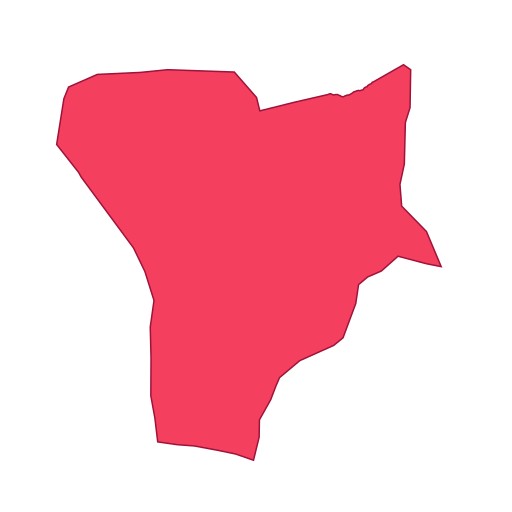 Guchin-Us, Övörhangay, Mongolia, rotated 172°
{"feature_id": "93677404B94163946721302", "entity_name": "Guchin-Us", "entity_type": "district", "adm_level": 2, "iso_a3": "MNG", "parent_name": "Mongolia", "parent_adm1": "Övörhangay", "projection": "equal_earth", "projection_center": [102.189, 45.34], "detail": "fine", "context": "isolated", "style": "filled", "palette": "rose", "viewbox_px": 512, "rotation_deg": 172, "n_neighbors": 0, "source": "geoboundaries", "source_scale": "gbopen_adm2", "svg_char_len": 1366}
<svg xmlns="http://www.w3.org/2000/svg" viewBox="0 0 512 512"><g transform="rotate(172 256 256)"><path d="M76.9,418.9L83.3,424.9L115.8,412.0L116.7,411.9L117.8,410.7L118.5,410.4L119.6,410.2L120.2,409.9L120.8,409.6L121.5,409.3L122.0,408.9L122.3,408.5L122.7,408.1L123.6,408.0L124.2,407.9L124.8,407.6L125.8,407.0L126.3,406.3L127.0,405.6L128.4,405.6L129.4,405.4L130.1,405.2L130.7,405.4L131.3,405.7L131.9,405.7L132.8,405.6L133.5,405.5L134.3,405.2L135.4,405.1L136.5,404.9L137.2,404.4L138.2,403.8L139.1,403.5L140.5,402.9L141.7,402.5L142.7,402.7L145.5,402.2L146.5,401.8L147.4,401.5L148.1,401.6L149.4,402.2L149.9,402.7L150.8,403.4L151.4,403.5L152.0,403.9L152.7,404.5L153.8,404.7L154.8,404.8L156.0,404.7L156.9,404.7L158.5,405.7L159.4,406.2L160.3,406.4L162.2,405.9L196.9,402.9L232.0,399.2L233.4,412.9L251.9,441.2L317.7,452.8L345.1,453.9L387.9,457.9L418.1,449.4L424.4,438.4L437.9,394.2L420.0,363.4L418.1,358.4L376.2,281.1L368.2,256.2L363.2,226.2L370.6,200.4L374.1,169.9L379.6,132.2L378.7,109.4L379.2,85.6L360.2,80.1L343.6,76.5L320.9,68.9L303.9,62.8L286.9,54.1L278.1,76.2L275.4,93.3L261.4,111.7L254.7,123.9L249.6,132.3L227.2,146.3L191.4,156.7L181.2,162.9L163.8,195.1L158.4,213.4L148.3,219.7L133.9,223.7L115.4,236.0L88.5,224.7L74.1,219.7L83.8,256.5L104.8,285.1L103.5,306.8L96.3,326.5L89.5,367.4L82.8,381.5L76.9,418.9Z" fill="#f43f5e" stroke="#9f1239" stroke-width="1.5"/></g></svg>